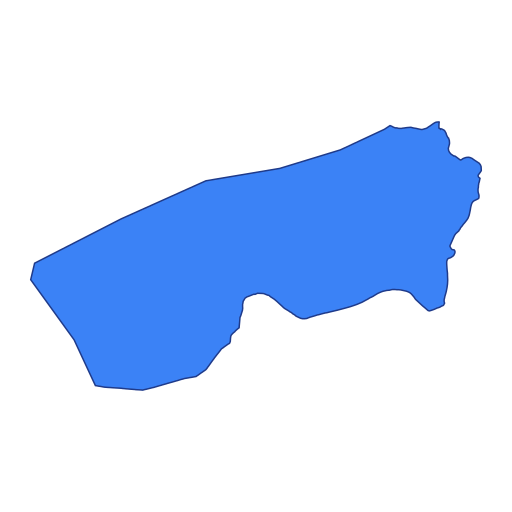 Monchy/Cardinal, Gros Islet, Saint Lucia (Robinson projection)
{"feature_id": "8701671B69664820658119", "entity_name": "Monchy/Cardinal", "entity_type": "district", "adm_level": 2, "iso_a3": "LCA", "parent_name": "Saint Lucia", "parent_adm1": "Gros Islet", "projection": "robinson", "projection_center": [-60.917, 14.062], "detail": "fine", "context": "isolated", "style": "filled", "palette": "blue", "viewbox_px": 512, "rotation_deg": 0, "n_neighbors": 0, "source": "geoboundaries", "source_scale": "gbopen_adm2", "svg_char_len": 5489}
<svg xmlns="http://www.w3.org/2000/svg" viewBox="0 0 512 512"><path d="M433.5,309.6L434.8,309.1L435.6,308.7L436.1,308.5L436.9,308.1L437.6,307.9L438.3,307.7L439.8,307.2L441.8,306.0L442.8,305.7L443.2,305.4L443.5,305.2L443.7,304.9L444.1,304.1L444.6,303.1L444.3,302.3L444.1,301.1L444.2,299.3L444.6,297.9L444.8,296.7L445.8,293.2L446.3,291.3L447.0,287.7L447.5,284.1L447.7,280.2L447.5,275.3L447.5,273.3L447.1,269.9L446.8,265.6L446.7,263.8L446.7,262.3L446.7,261.6L447.0,260.4L447.2,260.0L447.6,259.1L448.1,258.6L448.7,258.3L450.0,257.9L450.6,257.7L452.9,256.2L453.5,255.6L453.9,255.1L454.9,252.9L455.0,251.8L454.9,251.1L454.3,250.0L453.1,249.7L452.0,249.5L451.2,248.7L451.0,248.4L449.9,246.3L449.9,245.8L451.6,242.0L452.3,240.4L454.2,236.1L454.8,235.0L455.8,233.6L457.9,231.7L458.9,230.8L459.3,229.8L459.6,229.6L459.8,229.4L460.7,227.6L462.2,225.9L463.2,224.4L464.8,222.6L465.9,221.2L466.9,219.9L468.0,218.2L469.1,215.4L469.5,213.7L470.3,209.9L470.7,207.3L471.4,204.5L472.0,203.0L473.0,201.6L474.2,200.7L476.3,199.7L478.1,198.8L478.8,198.1L479.0,196.9L479.0,195.2L478.2,192.4L478.1,191.7L478.0,190.1L478.1,188.5L478.4,187.2L478.4,185.6L478.6,184.6L478.7,183.8L478.8,183.1L479.2,182.1L480.0,178.3L478.6,177.2L478.2,176.3L478.1,175.6L478.3,174.9L478.7,174.4L480.3,172.2L481.2,170.8L481.3,170.4L481.1,166.7L480.5,165.0L479.3,163.3L478.7,162.9L474.7,160.3L471.9,158.3L471.4,158.1L470.2,157.6L468.9,157.3L467.8,157.3L466.6,157.4L465.6,157.6L463.9,158.2L462.8,158.7L462.0,159.3L461.4,159.7L460.6,160.0L459.9,159.7L456.3,157.0L455.2,156.2L454.0,155.9L453.6,155.9L453.4,155.7L452.6,155.2L452.2,154.9L451.3,154.3L451.0,154.1L450.3,153.3L449.4,152.2L448.6,150.5L448.3,148.5L448.4,148.0L449.5,143.8L449.5,142.3L449.3,140.3L448.9,139.2L448.5,138.0L448.0,137.8L447.1,136.1L446.8,135.5L446.3,134.2L446.1,133.3L445.5,132.2L445.1,131.5L444.8,130.9L444.0,130.1L441.8,129.0L440.9,128.8L440.5,129.3L440.1,128.9L439.2,128.0L438.9,128.0L438.9,126.6L439.0,123.6L439.2,122.1L438.4,121.9L437.8,122.0L436.6,122.1L435.4,122.4L434.7,122.8L433.5,123.5L432.2,124.4L431.1,125.2L429.8,126.1L428.5,126.9L427.4,127.7L426.4,128.3L425.0,128.7L423.6,129.1L422.7,129.4L421.3,129.5L418.3,128.9L416.2,128.4L413.6,128.0L412.4,127.7L410.9,127.3L409.3,127.4L408.0,127.5L406.9,127.6L405.4,127.8L404.2,128.0L402.4,128.2L401.6,128.4L399.7,128.4L398.3,128.3L396.9,127.9L395.5,127.9L394.2,127.5L392.9,126.9L391.6,126.2L390.5,125.8L390.0,125.6L384.4,129.3L340.3,149.9L279.8,168.4L205.9,180.8L121.1,218.9L34.6,263.2L30.7,279.7L74.1,339.8L95.4,385.6L96.9,385.8L97.8,386.0L98.9,386.2L100.4,386.4L101.5,386.6L103.0,386.9L104.2,387.1L105.2,387.2L106.4,387.3L107.6,387.4L109.5,387.5L111.2,387.6L112.0,387.7L114.1,387.8L115.3,387.9L117.2,388.0L118.9,388.1L120.3,388.2L121.6,388.3L122.8,388.5L124.3,388.6L125.9,388.8L127.4,388.9L128.6,389.0L129.7,389.1L130.9,389.2L132.4,389.3L133.5,389.4L135.0,389.5L135.3,389.6L136.7,389.7L138.7,389.8L140.4,389.9L141.7,390.0L142.6,390.1L143.5,389.9L144.5,389.6L146.0,389.3L147.2,389.0L148.4,388.7L149.6,388.4L151.2,388.0L152.4,387.7L153.9,387.4L155.1,387.0L156.5,386.6L158.2,386.1L159.5,385.7L161.1,385.3L161.9,385.0L163.7,384.5L164.7,384.2L165.9,383.9L167.4,383.4L168.9,383.0L170.3,382.6L171.8,382.2L173.5,381.7L174.9,381.3L176.2,380.9L177.1,380.7L178.7,380.2L179.9,379.8L180.9,379.5L182.1,379.2L183.3,378.9L184.1,378.6L184.6,378.5L185.7,378.3L186.9,378.1L188.2,377.9L189.6,377.6L191.2,377.4L192.2,377.2L193.4,377.0L194.4,376.8L195.5,376.6L196.1,376.5L197.0,375.8L197.7,375.4L198.8,374.6L199.9,373.8L201.0,373.0L202.1,372.3L203.5,371.3L204.7,370.5L205.5,369.9L206.0,369.5L206.7,368.6L207.2,368.0L207.6,367.3L208.5,366.2L209.2,365.2L210.2,363.8L211.1,362.5L211.9,361.4L212.7,360.3L213.7,359.0L214.5,357.8L215.4,356.7L216.3,355.5L217.3,354.2L217.9,353.5L218.6,352.6L219.4,351.6L220.3,350.4L220.9,349.6L221.4,348.9L221.7,348.7L222.4,348.2L223.2,347.7L223.8,347.2L224.3,346.8L225.3,346.1L226.7,345.1L227.8,344.3L228.1,344.1L229.4,343.4L229.7,343.0L230.3,341.4L230.5,338.3L230.8,336.2L231.2,335.2L232.1,334.1L233.4,332.8L234.8,331.7L235.4,330.9L237.4,329.1L239.1,327.8L239.6,322.1L240.0,317.3L240.3,316.8L240.8,315.6L242.5,310.1L242.6,308.8L242.7,308.4L242.6,306.7L242.6,304.3L242.9,303.1L243.2,301.2L243.8,300.3L244.5,299.1L245.1,298.1L245.9,297.6L246.9,296.9L248.6,296.3L253.6,294.3L255.2,294.3L257.4,293.3L258.0,293.3L261.2,293.4L263.0,293.5L264.1,293.7L264.8,294.0L267.5,295.1L269.0,295.4L269.5,295.9L270.7,296.9L271.7,297.5L274.4,299.3L277.0,301.5L279.9,304.2L282.3,306.4L283.5,307.6L284.8,308.6L288.7,310.9L289.7,311.7L291.5,312.6L292.6,313.7L294.7,314.9L295.7,315.9L296.8,316.5L300.2,318.1L301.0,318.4L302.1,318.6L302.4,318.7L305.0,318.7L305.5,318.6L306.6,318.5L307.2,318.3L308.1,317.9L309.0,317.6L309.6,317.3L311.7,316.7L314.8,315.8L317.5,314.9L318.8,314.7L320.8,314.1L322.4,313.7L323.0,313.5L324.1,313.3L324.4,313.1L325.7,312.9L327.0,312.7L329.3,312.1L337.3,310.2L343.7,308.5L349.5,306.9L350.5,306.6L352.6,305.9L355.8,304.8L357.4,304.2L360.7,302.8L361.9,302.3L363.6,301.4L365.4,300.4L368.4,298.8L369.1,298.3L370.3,297.6L371.3,297.2L373.1,296.3L374.0,295.7L376.3,294.3L377.6,293.5L380.7,292.1L382.9,291.3L386.9,290.4L389.5,290.2L390.6,289.9L391.8,289.6L392.7,289.5L393.3,289.5L394.3,289.5L394.8,289.5L396.1,289.6L396.6,289.7L398.5,289.7L400.6,289.9L405.1,290.9L406.4,291.2L408.5,292.0L410.0,292.8L410.4,293.2L411.4,294.0L413.8,296.8L414.3,297.5L415.5,299.3L418.3,301.9L422.6,305.9L424.9,307.8L428.0,310.5L429.3,310.9L430.2,310.7L431.2,310.4L433.5,309.6Z" fill="#3b82f6" stroke="#1e3a8a" stroke-width="1.5"/></svg>